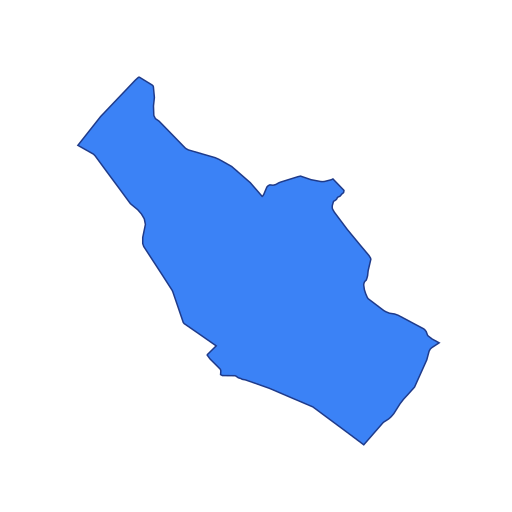 Ömnögovi, Robinson projection, rotated 45°
{"feature_id": "MNG-3298", "entity_name": "Ömnögovi", "entity_type": "Province", "adm_level": 1, "iso_a3": "MNG", "parent_name": "Mongolia", "parent_adm1": "", "projection": "robinson", "projection_center": [104.196, 43.387], "detail": "fine", "context": "isolated", "style": "filled", "palette": "blue", "viewbox_px": 512, "rotation_deg": 45, "n_neighbors": 0, "source": "natural_earth", "source_scale": "10m", "svg_char_len": 2072}
<svg xmlns="http://www.w3.org/2000/svg" viewBox="0 0 512 512"><g transform="rotate(45 256 256)"><path d="M130.2,307.8L110.5,304.8L90.9,301.9L71.3,298.9L69.1,298.9L51.8,303.7L47.5,267.2L46.3,217.0L46.5,213.2L46.7,212.4L47.2,212.0L61.9,208.5L62.6,208.5L63.2,208.6L63.9,209.0L72.1,215.8L77.4,222.4L84.4,228.9L87.7,230.0L92.1,229.2L129.6,229.7L130.8,229.5L133.2,228.8L157.5,215.4L161.3,213.9L175.5,209.9L200.1,208.2L218.2,209.5L218.3,208.5L217.9,206.9L214.9,199.5L214.9,197.6L215.5,195.9L217.9,194.0L218.6,193.0L219.5,191.3L220.3,188.3L221.1,186.4L229.6,170.2L231.0,168.0L241.0,163.1L249.2,157.5L250.6,156.2L251.7,154.9L255.1,149.2L255.6,148.1L255.9,147.1L271.8,147.4L272.8,148.7L273.0,149.1L273.1,149.4L273.1,149.7L272.9,150.8L272.9,151.6L273.1,153.9L273.1,154.3L273.0,154.6L272.9,154.9L272.5,155.8L272.4,156.1L272.3,156.5L272.3,156.9L272.3,157.3L272.5,157.9L272.7,158.4L272.8,158.9L272.8,159.6L272.6,161.0L272.3,161.7L272.3,162.2L272.3,162.8L274.3,166.4L275.5,167.7L276.7,168.6L280.3,169.6L301.8,172.7L321.8,174.6L335.6,175.8L338.5,176.5L339.5,177.1L345.7,187.1L348.9,191.1L350.3,193.6L351.0,195.1L350.9,196.2L351.0,197.5L351.7,199.1L352.6,200.3L356.5,203.2L360.2,205.1L364.0,206.6L365.5,206.9L380.7,204.8L385.0,204.2L387.2,203.6L390.8,202.1L395.0,199.0L398.4,197.4L426.2,188.9L427.6,188.8L429.8,189.1L433.3,190.7L434.3,190.8L439.1,190.2L446.9,187.9L445.1,196.6L445.0,198.4L445.3,199.5L445.7,200.9L450.2,208.7L460.8,236.6L461.3,245.7L461.6,252.9L462.3,258.5L464.9,270.0L465.1,272.4L465.2,274.7L465.0,277.5L464.4,280.3L463.8,282.9L463.7,284.3L465.7,313.3L444.8,316.3L423.8,319.4L402.9,322.5L380.8,331.4L358.8,340.2L339.4,349.5L335.9,351.2L333.7,352.8L333.0,353.1L332.1,353.3L329.6,354.6L326.8,355.1L325.9,355.4L316.8,364.3L314.8,364.9L312.9,362.7L311.8,361.7L310.7,361.3L296.4,361.3L291.6,360.6L291.3,360.1L291.4,347.7L272.2,351.1L253.0,354.6L251.5,354.4L237.1,347.3L222.6,340.2L221.1,339.6L204.1,335.9L187.0,332.3L170.0,328.7L167.1,327.3L162.8,323.0L155.5,311.9L150.7,308.7L145.2,307.3L139.6,306.9L130.2,307.8Z" fill="#3b82f6" stroke="#1e3a8a" stroke-width="1.5"/></g></svg>